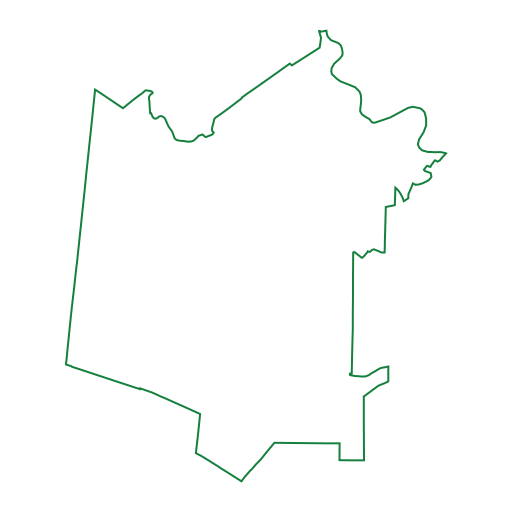 the district of Vulturu, Vrancea, Romania
{"feature_id": "2599482B3824966858584", "entity_name": "Vulturu", "entity_type": "district", "adm_level": 2, "iso_a3": "ROU", "parent_name": "Romania", "parent_adm1": "Vrancea", "projection": "albers", "projection_center": [27.441, 45.598], "detail": "fine", "context": "isolated", "style": "outline", "palette": "green", "viewbox_px": 512, "rotation_deg": 0, "n_neighbors": 0, "source": "geoboundaries", "source_scale": "gbopen_adm2", "svg_char_len": 4804}
<svg xmlns="http://www.w3.org/2000/svg" viewBox="0 0 512 512"><path d="M351.6,460.3L354.5,460.3L364.0,460.3L363.9,438.6L363.8,421.8L363.8,410.9L363.8,400.1L363.8,396.4L364.1,396.2L364.5,396.0L366.7,394.4L367.4,393.8L368.9,392.8L371.8,390.6L373.2,389.5L375.6,387.8L377.3,386.5L377.8,386.1L378.1,385.9L378.7,385.6L379.7,385.2L381.1,384.6L382.2,384.1L384.2,383.4L388.3,381.4L388.3,366.5L387.0,366.8L386.0,367.0L384.8,367.3L382.7,367.6L381.8,367.8L380.4,368.2L379.2,368.8L377.5,369.8L375.9,370.8L375.1,371.3L373.4,372.2L372.2,372.9L371.4,373.3L370.5,374.0L368.9,375.1L367.4,375.7L365.9,376.3L364.7,376.4L363.1,376.6L361.8,376.5L360.3,376.4L358.2,376.2L355.9,376.1L354.2,375.9L353.1,375.7L351.5,375.3L350.9,375.3L350.3,375.1L350.0,374.9L349.9,373.7L350.2,373.5L350.6,373.4L351.3,373.4L351.7,373.4L351.8,372.4L351.8,369.8L351.9,365.9L352.2,351.0L352.6,335.4L352.8,329.4L352.8,327.2L352.8,325.9L352.8,315.5L353.0,293.2L353.0,277.3L353.0,276.4L353.1,265.5L353.2,252.5L354.4,252.0L361.8,257.8L362.3,257.7L362.8,257.3L363.6,256.5L364.7,255.4L366.0,253.8L366.9,252.8L367.4,252.1L367.8,251.3L368.4,251.6L369.1,251.9L369.6,251.9L369.9,251.8L370.4,251.5L370.7,251.2L371.3,250.5L371.6,250.2L372.7,249.7L373.8,249.3L375.3,249.8L376.1,250.2L378.4,251.1L381.2,252.4L381.8,252.5L384.6,252.5L384.8,246.3L384.9,240.1L385.5,218.6L385.8,207.0L394.8,205.2L395.4,187.7L396.1,188.3L397.1,189.3L398.4,190.7L399.2,191.7L399.8,192.6L400.3,193.4L400.7,194.0L401.5,195.6L402.0,196.5L402.5,197.5L402.8,198.4L403.4,200.1L403.8,201.2L408.3,198.3L408.4,194.4L408.7,193.5L411.3,187.6L412.9,183.4L414.7,184.4L415.3,184.7L415.6,184.8L415.8,184.6L416.8,184.7L417.7,184.7L418.6,184.5L419.6,184.2L422.6,183.3L424.5,182.4L426.6,181.3L427.5,180.9L428.3,180.4L428.9,180.0L429.9,178.8L430.7,178.0L431.4,176.9L430.7,173.1L429.0,172.4L427.8,172.1L426.8,171.6L426.3,171.4L425.8,171.3L424.9,171.0L424.7,170.8L423.9,169.6L424.5,169.0L426.0,167.0L426.4,166.5L426.8,166.1L427.2,165.9L427.5,165.9L427.8,165.9L428.6,166.3L429.5,166.8L429.9,166.9L430.2,166.9L430.5,166.8L430.6,166.5L431.6,164.6L431.8,164.4L432.6,163.5L433.6,161.9L435.0,160.3L435.4,160.5L436.2,160.9L436.9,161.4L437.4,161.6L438.2,161.3L438.9,160.9L439.5,160.5L440.0,160.3L441.2,158.6L441.7,158.2L442.4,157.3L442.9,156.7L446.0,153.4L445.2,153.1L443.7,152.7L440.6,152.1L435.5,152.2L434.2,152.2L430.6,151.9L428.1,152.0L422.2,150.4L419.2,147.6L417.9,144.3L419.0,139.5L423.5,132.4L424.4,130.1L426.2,125.3L426.1,120.7L426.1,118.5L425.0,114.0L424.5,112.2L421.8,109.4L420.9,108.8L420.0,108.3L413.0,106.8L408.3,107.8L402.8,110.7L390.4,117.4L379.6,121.1L374.8,122.7L372.5,122.6L371.1,121.4L369.6,119.2L364.9,116.5L362.1,114.5L360.3,111.6L360.2,109.5L360.9,104.0L361.2,100.0L360.8,94.8L359.5,91.6L355.1,87.2L340.5,81.4L336.6,78.6L331.8,74.0L331.3,71.0L331.7,68.0L334.1,63.8L339.7,58.7L342.3,55.5L342.6,52.8L342.0,48.7L340.7,45.3L338.7,43.3L336.2,42.2L331.0,40.2L327.7,36.5L326.7,33.3L326.4,30.7L322.4,31.4L321.0,31.7L320.7,31.6L320.0,31.0L319.5,30.9L319.1,31.0L319.6,32.9L321.0,37.8L320.4,42.8L319.6,47.7L291.9,65.4L289.8,63.6L280.7,70.1L270.3,77.5L251.8,90.5L246.4,94.2L242.0,97.5L241.5,98.5L237.3,101.7L228.9,108.1L221.1,113.8L218.5,115.6L215.6,117.6L214.3,119.0L213.4,123.0L212.2,127.3L211.9,129.9L212.2,130.9L213.7,132.6L212.4,134.4L210.8,135.2L207.9,136.2L206.1,137.1L204.8,136.6L203.3,135.2L202.4,134.5L198.5,135.8L196.6,138.0L193.5,140.7L191.1,141.5L187.7,141.7L183.8,141.0L180.6,140.8L177.1,140.2L176.0,139.6L174.5,138.0L173.4,134.9L172.5,132.3L171.2,130.1L169.6,128.0L168.6,126.5L167.1,123.4L166.4,121.7L165.4,119.4L164.4,117.8L163.0,116.8L161.4,116.1L160.3,116.1L159.3,116.5L158.6,116.9L157.4,117.9L156.4,118.5L155.1,118.7L154.2,118.4L153.2,117.6L152.6,116.7L151.6,114.6L151.1,113.2L150.2,113.3L150.0,111.8L149.9,110.2L149.6,105.9L149.5,102.4L149.0,99.0L149.0,97.1L149.9,95.3L150.7,94.5L152.1,93.5L152.7,92.8L152.0,91.7L151.2,91.3L149.4,90.8L145.7,90.3L144.8,91.0L141.5,93.8L139.1,95.4L132.9,100.1L123.0,108.2L118.6,105.3L98.3,91.6L95.1,89.6L94.3,97.4L93.5,105.2L92.2,117.9L89.5,143.2L87.8,159.5L87.3,164.3L86.1,175.4L85.9,177.6L84.5,191.6L78.0,252.9L77.0,262.6L76.6,265.4L75.9,271.5L74.9,280.5L74.3,286.1L74.2,287.2L72.8,298.9L72.3,303.5L71.8,307.6L70.4,320.8L70.4,321.3L70.2,322.8L70.0,324.8L67.5,349.4L67.0,354.7L66.9,355.9L66.0,364.5L68.8,365.4L71.5,366.3L72.0,366.8L78.5,368.9L114.8,380.9L127.3,385.0L139.8,389.1L139.8,388.4L140.3,388.4L152.3,392.6L158.3,395.3L159.7,396.0L166.3,398.8L166.5,398.9L168.7,399.9L190.4,409.6L197.1,412.6L200.1,414.0L198.9,426.0L197.7,437.3L197.3,440.7L195.9,453.2L201.2,455.9L208.4,460.3L219.2,467.1L219.4,467.4L226.2,471.6L233.3,476.1L241.5,481.3L244.4,477.3L250.7,470.1L251.3,469.8L255.9,464.4L259.4,460.9L260.9,459.3L266.4,452.4L274.4,442.8L322.5,443.3L339.6,443.3L339.5,460.2L349.0,460.3L351.6,460.3Z" fill="none" stroke="#15803d" stroke-width="2"/></svg>